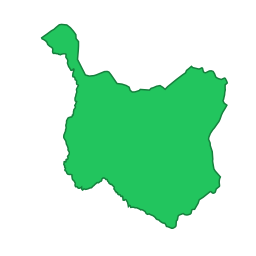 Oporapa, Huila, Colombia, rotated 9°
{"feature_id": "7082276B53955243236004", "entity_name": "Oporapa", "entity_type": "district", "adm_level": 2, "iso_a3": "COL", "parent_name": "Colombia", "parent_adm1": "Huila", "projection": "equal_earth", "projection_center": [-76.08, 2.065], "detail": "fine", "context": "isolated", "style": "filled", "palette": "green", "viewbox_px": 256, "rotation_deg": 9, "n_neighbors": 0, "source": "geoboundaries", "source_scale": "gbopen_adm2", "svg_char_len": 5683}
<svg xmlns="http://www.w3.org/2000/svg" viewBox="0 0 256 256"><g transform="rotate(9 128 128)"><path d="M226.9,161.9L220.8,156.8L219.2,154.9L217.0,148.4L216.7,147.3L216.6,145.5L214.9,138.2L212.0,132.5L211.4,129.9L209.3,126.5L209.3,124.4L210.2,120.4L211.9,116.6L213.4,114.2L214.3,112.3L216.8,107.3L217.5,104.8L218.3,100.3L219.1,97.6L220.9,93.3L222.1,90.0L219.2,88.5L217.9,86.8L217.5,86.0L217.9,84.9L218.0,82.7L218.2,80.3L218.0,77.8L218.1,75.0L217.7,73.5L217.2,70.2L218.2,69.0L219.0,68.0L218.2,66.4L216.3,63.8L215.4,63.6L212.6,65.5L209.7,65.1L208.3,64.7L206.7,63.9L205.0,60.9L203.3,58.9L201.6,58.5L199.5,58.9L196.5,61.0L195.7,61.4L194.1,61.1L193.3,59.9L192.3,57.4L191.6,57.0L189.0,58.7L182.5,58.2L181.0,57.2L179.1,59.5L176.8,62.0L176.2,64.5L173.5,67.1L168.2,72.6L160.7,81.0L158.6,84.0L156.0,82.4L153.0,81.1L149.7,82.3L146.6,84.3L144.6,85.2L143.3,87.2L134.1,88.0L133.3,89.2L131.0,90.4L129.1,91.3L126.6,91.8L124.3,90.5L122.7,87.5L119.6,86.3L115.1,85.6L110.2,85.8L102.8,78.0L100.3,75.7L98.6,75.4L95.9,76.0L88.6,80.4L86.2,81.6L81.6,82.8L77.6,82.3L67.4,68.2L66.7,58.6L66.3,54.8L65.6,50.4L62.7,47.8L61.9,44.0L59.0,41.0L55.4,38.0L51.5,35.8L46.1,36.1L44.0,36.8L41.4,39.7L39.4,42.2L37.1,44.0L33.4,47.8L28.6,52.4L29.1,53.3L30.8,53.8L33.1,54.8L33.9,55.6L34.3,55.7L34.9,56.6L35.5,57.8L35.9,58.2L37.9,59.5L39.9,60.3L40.4,60.6L41.2,61.5L41.4,62.2L41.6,64.5L42.0,65.4L42.5,65.9L42.7,66.0L43.5,65.7L43.7,65.8L43.9,65.6L44.8,65.6L45.3,65.8L47.3,65.6L47.8,66.0L48.2,66.1L48.7,66.2L49.1,66.0L49.5,66.0L49.8,66.2L50.5,65.7L51.9,65.0L53.0,64.7L54.3,64.6L55.0,64.7L55.2,65.0L55.4,65.6L55.5,67.6L55.8,68.1L57.2,69.5L57.9,70.6L58.1,71.5L58.0,73.0L58.2,73.8L58.9,74.9L59.4,76.0L60.1,77.0L60.9,77.7L61.3,78.3L61.6,78.6L62.6,79.9L63.2,79.9L64.2,79.4L64.4,79.1L64.5,78.6L64.8,78.3L65.2,78.2L65.4,78.4L65.5,78.8L65.5,79.5L65.1,82.6L65.2,85.3L65.5,85.7L65.8,86.1L66.8,86.0L67.2,86.2L67.6,86.6L67.9,87.4L68.1,88.2L68.4,88.7L69.5,89.0L69.8,89.2L69.9,89.6L70.1,91.4L70.4,92.6L70.8,92.9L72.0,93.3L72.3,93.6L72.3,94.0L72.2,94.3L71.1,97.6L71.1,98.2L71.7,100.0L71.8,101.1L71.6,101.7L71.4,103.0L71.4,104.7L71.0,106.6L71.3,108.7L71.5,109.2L71.9,109.7L72.9,109.8L73.1,109.9L73.2,110.1L72.8,111.1L72.7,111.3L72.5,113.0L72.1,113.4L71.9,113.9L71.9,114.3L72.7,115.1L72.8,115.4L72.7,116.2L72.4,117.1L71.8,118.0L71.7,118.3L71.7,119.3L71.6,120.3L71.8,121.9L71.7,123.4L71.7,123.8L71.1,123.9L71.1,124.0L70.9,125.5L70.6,125.9L70.3,126.1L69.6,126.1L69.0,126.6L68.3,126.7L67.0,127.8L66.8,128.7L66.3,130.1L66.2,130.7L66.5,132.8L66.2,134.4L66.2,135.1L66.3,135.7L66.8,136.9L66.9,138.2L66.6,139.5L66.8,141.0L66.4,142.1L66.2,143.3L65.9,144.4L65.8,145.0L65.9,146.5L66.0,147.2L66.4,148.0L67.3,149.1L68.1,149.9L68.7,150.8L68.9,151.2L69.7,153.6L70.7,154.9L71.5,156.3L72.0,157.3L72.1,157.7L72.1,158.6L72.2,159.1L72.7,159.8L73.7,160.8L73.8,161.3L74.0,162.8L73.6,164.1L72.9,165.1L72.8,165.6L72.8,165.8L73.1,166.2L73.4,166.6L73.5,167.2L73.4,167.8L73.2,168.3L72.9,168.6L72.1,168.5L71.9,168.7L71.8,169.1L71.9,169.9L71.9,171.2L71.6,171.3L70.5,171.1L70.2,171.3L70.2,171.5L70.3,172.3L70.3,173.6L70.4,174.2L70.6,174.5L71.3,175.0L71.4,175.4L71.5,176.5L72.0,177.1L72.5,177.4L72.5,177.8L72.2,179.1L72.3,179.6L72.5,179.9L73.0,180.0L73.6,180.4L73.9,180.7L74.5,181.9L75.3,182.7L76.0,183.1L76.9,183.1L78.1,183.0L78.3,182.8L78.9,182.8L79.5,183.0L80.1,183.3L80.2,184.5L80.8,186.5L81.1,187.2L81.3,187.5L81.7,187.9L82.6,188.4L82.9,188.7L84.5,190.6L84.6,191.4L84.6,192.5L84.8,193.2L85.2,193.9L85.5,194.2L85.8,194.2L86.7,193.9L87.2,194.2L87.8,194.9L88.5,195.2L89.3,195.1L89.8,195.0L90.5,194.4L91.1,194.1L91.4,193.7L91.8,195.5L92.5,196.2L92.9,196.4L93.7,195.3L94.0,195.1L94.3,195.0L95.4,195.3L96.7,194.9L98.2,194.2L99.5,193.3L101.3,192.7L101.7,192.2L102.1,191.4L103.4,190.0L104.1,188.9L105.0,188.0L105.7,186.9L106.1,186.7L107.0,186.9L107.8,186.4L108.8,185.2L109.5,184.9L109.9,184.6L110.2,183.9L110.2,183.1L110.3,182.3L110.6,181.9L110.9,181.5L111.5,181.1L111.9,181.3L112.6,181.1L113.3,181.5L114.2,182.3L115.2,182.1L115.5,182.2L116.0,183.3L116.3,183.7L117.2,184.3L117.7,185.2L118.2,185.7L119.0,185.9L119.4,186.4L119.5,186.4L120.3,186.2L120.9,186.3L121.1,186.5L121.3,186.9L121.5,187.1L122.5,187.6L123.5,188.4L123.6,188.6L123.7,189.3L123.6,190.3L123.7,190.5L124.6,191.2L125.3,192.3L125.5,192.5L126.3,192.7L126.4,193.0L126.5,193.6L127.4,193.5L127.7,193.5L128.4,194.9L128.6,195.1L129.1,195.3L129.6,195.3L130.2,195.1L130.6,195.2L131.0,195.7L131.3,196.2L131.8,196.7L132.3,196.7L132.8,196.3L133.2,196.3L133.5,196.6L133.6,196.9L133.8,197.8L134.1,198.7L134.3,199.6L134.5,200.0L135.6,200.0L135.8,199.8L136.0,199.4L136.3,199.1L136.7,199.1L137.5,199.4L137.6,199.5L138.0,200.1L139.0,201.2L139.8,203.0L140.7,205.5L141.5,204.3L141.9,204.2L142.3,204.4L142.6,204.9L142.9,205.6L143.1,206.0L145.3,205.4L145.9,205.4L147.6,205.7L149.1,205.4L150.5,205.8L151.0,206.0L151.6,206.0L153.5,206.9L154.2,206.5L155.1,206.6L158.0,207.8L158.9,209.1L159.5,209.7L160.2,210.0L160.8,210.2L162.6,209.5L163.4,210.0L164.4,210.2L166.5,210.7L167.8,211.4L168.9,212.1L170.0,213.3L171.1,213.8L172.4,213.9L173.2,214.2L173.9,214.8L174.7,215.3L176.8,216.2L177.8,216.4L178.5,216.3L179.3,216.4L180.0,217.1L180.7,218.0L181.4,219.2L182.5,219.2L184.4,219.6L186.6,220.2L187.9,220.0L188.6,219.6L189.8,218.6L190.5,217.8L190.7,216.5L190.5,215.0L190.3,212.3L191.1,211.1L191.2,210.4L191.2,208.2L191.3,207.0L192.1,206.0L195.8,203.9L196.4,204.0L197.0,204.5L197.8,204.7L199.8,204.7L201.2,204.2L202.9,203.3L203.6,202.4L203.7,201.3L203.8,199.5L204.0,198.7L204.6,198.3L206.5,197.9L209.0,191.4L209.6,187.7L213.0,184.7L219.1,178.0L220.4,178.1L221.5,179.0L222.7,179.0L223.6,178.4L224.2,177.6L224.7,174.4L227.4,171.4L227.4,170.4L226.6,167.6L226.4,165.8L226.4,163.8L226.9,161.9Z" fill="#22c55e" stroke="#15803d" stroke-width="1.5"/></g></svg>